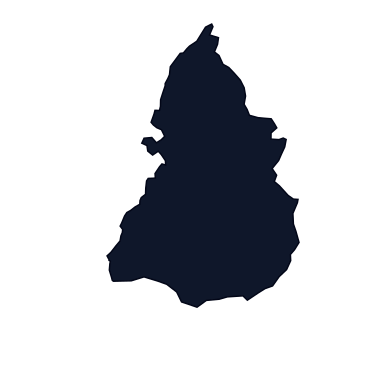 the district of Agios Pavlos, Limassol, Cyprus, rotated 323°
{"feature_id": "46923920B27663656308874", "entity_name": "Agios Pavlos", "entity_type": "district", "adm_level": 2, "iso_a3": "CYP", "parent_name": "Cyprus", "parent_adm1": "Limassol", "projection": "robinson", "projection_center": [33.049, 34.872], "detail": "fine", "context": "isolated", "style": "filled", "palette": "ink", "viewbox_px": 384, "rotation_deg": 323, "n_neighbors": 0, "source": "geoboundaries", "source_scale": "gbopen_adm2", "svg_char_len": 1686}
<svg xmlns="http://www.w3.org/2000/svg" viewBox="0 0 384 384"><g transform="rotate(323 192 192)"><path d="M308.8,69.7L302.0,68.5L286.5,74.5L277.8,74.0L274.3,74.5L268.8,75.8L266.0,74.2L250.1,78.9L244.6,84.8L241.1,86.8L235.9,89.2L234.4,91.1L229.3,94.6L222.5,99.4L218.4,104.6L215.1,107.3L211.6,104.5L208.6,106.9L201.3,111.7L201.5,115.3L202.6,119.5L205.1,123.9L203.7,131.1L198.7,131.8L193.2,131.3L192.7,124.3L186.1,120.2L181.3,122.8L184.0,127.8L181.3,132.7L182.8,138.8L189.6,139.1L190.0,143.5L189.6,151.0L187.2,154.6L184.9,151.5L181.3,152.3L173.6,155.0L171.2,158.7L169.8,158.0L165.2,154.8L162.4,155.8L157.3,161.2L153.5,165.9L148.2,165.9L145.4,167.5L142.9,170.4L137.7,169.7L131.9,169.8L127.6,169.2L123.7,170.6L117.1,174.5L114.1,176.0L114.1,180.2L111.9,182.5L108.8,184.3L105.1,187.8L99.0,189.2L90.9,191.4L85.7,191.9L84.9,197.0L84.7,197.0L85.2,198.1L83.2,199.9L79.0,204.6L76.2,212.2L75.2,214.5L75.5,215.9L90.1,226.4L102.6,230.9L110.9,242.3L116.3,250.5L119.6,262.6L117.5,273.5L126.7,287.0L138.2,287.2L149.2,294.0L157.1,297.0L170.2,305.6L171.1,311.7L183.8,312.4L192.2,313.1L199.8,315.5L210.8,312.0L220.8,310.9L229.5,306.2L233.0,301.1L239.1,299.8L247.1,296.7L251.3,286.0L253.7,278.6L259.7,269.8L269.7,264.0L272.2,261.7L268.7,258.7L266.7,252.6L265.5,239.7L264.0,233.2L269.7,229.5L270.1,221.5L280.1,219.0L286.3,215.5L293.2,211.8L298.8,206.7L297.3,203.8L293.0,202.5L286.9,197.3L290.7,192.4L298.3,191.8L298.9,187.1L299.3,181.2L294.1,176.6L289.4,172.3L284.0,165.3L285.7,159.2L286.4,153.3L292.5,147.6L296.4,140.1L297.9,131.7L297.2,122.5L296.3,114.7L293.6,108.7L295.7,99.2L294.2,93.6L301.3,89.4L306.0,84.7L300.5,77.1L308.2,72.6L308.8,69.7Z" fill="#0f172a" stroke="#020617" stroke-width="1.5"/></g></svg>